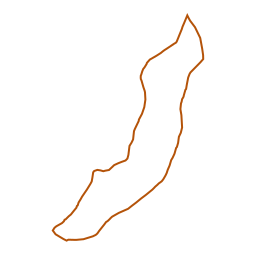 La Reforma, San Marcos, Guatemala (Robinson projection)
{"feature_id": "79465075B25623182739171", "entity_name": "La Reforma", "entity_type": "district", "adm_level": 2, "iso_a3": "GTM", "parent_name": "Guatemala", "parent_adm1": "San Marcos", "projection": "robinson", "projection_center": [-91.842, 14.82], "detail": "fine", "context": "isolated", "style": "outline", "palette": "amber", "viewbox_px": 256, "rotation_deg": 0, "n_neighbors": 0, "source": "geoboundaries", "source_scale": "gbopen_adm2", "svg_char_len": 1803}
<svg xmlns="http://www.w3.org/2000/svg" viewBox="0 0 256 256"><path d="M203.2,59.1L203.1,55.1L202.2,48.8L200.2,37.9L195.0,27.2L190.1,20.7L188.7,18.2L187.3,15.4L184.1,23.1L182.5,26.8L181.8,29.1L178.9,36.2L178.4,37.5L177.0,40.9L176.6,41.8L175.9,42.7L174.0,43.8L166.7,48.7L164.5,50.1L163.0,51.2L160.8,53.0L156.4,55.8L149.8,59.6L146.9,62.9L146.6,64.0L144.5,67.4L143.2,69.0L142.2,71.5L141.2,74.8L140.8,75.6L140.7,77.2L140.8,79.0L141.5,80.5L142.1,82.6L143.5,87.5L144.6,90.6L145.0,92.3L145.4,99.6L144.3,107.1L142.0,113.8L140.2,117.2L138.9,119.6L138.7,121.0L134.9,128.9L134.0,131.1L133.1,139.4L131.5,142.7L129.5,145.9L128.4,154.9L127.4,158.6L125.5,160.5L121.6,161.9L118.3,163.2L114.2,165.1L109.0,170.0L105.2,170.7L103.3,171.2L100.5,170.4L97.3,169.9L94.2,171.0L93.2,172.3L92.4,177.6L91.7,181.5L90.4,183.9L86.9,189.6L86.2,190.6L82.1,196.6L80.6,199.3L78.6,202.5L77.7,205.4L76.9,206.0L76.4,207.7L73.7,211.0L70.9,214.5L68.7,216.3L65.6,219.4L64.6,219.7L63.9,221.3L62.0,223.1L56.3,226.3L54.5,227.8L52.8,230.5L55.6,234.3L63.6,239.1L66.6,240.6L68.3,239.7L76.0,239.9L83.5,239.2L92.9,236.3L93.7,235.9L94.7,235.4L95.6,235.0L96.7,234.1L97.4,233.4L98.0,232.6L99.0,231.1L104.1,224.7L106.1,222.0L107.6,221.1L109.7,219.1L110.4,218.3L112.1,216.7L118.8,212.9L128.1,208.8L132.0,205.7L136.1,202.6L141.1,198.5L145.9,194.9L149.2,192.2L152.4,189.6L154.1,187.9L155.2,186.7L157.4,184.8L158.9,183.3L159.8,182.7L161.7,181.3L163.2,179.4L164.4,177.4L165.5,175.5L166.7,173.0L167.7,169.9L169.6,165.5L171.2,160.1L172.6,157.8L174.5,153.7L176.1,148.0L176.9,147.0L178.1,142.9L178.9,136.8L180.8,132.8L182.1,127.5L181.4,115.2L180.4,109.1L181.0,103.4L181.6,101.8L182.1,99.2L183.3,97.2L183.6,96.5L183.8,95.4L185.4,89.8L186.1,89.0L186.8,84.7L188.2,77.5L189.6,73.9L190.5,72.4L200.4,62.3L203.2,59.1Z" fill="none" stroke="#b45309" stroke-width="2"/></svg>